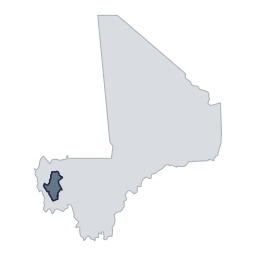 location of Bafoulabe, Kayes, Mali
{"feature_id": "8926073B35923162225659", "entity_name": "Bafoulabe", "entity_type": "district", "adm_level": 2, "iso_a3": "MLI", "parent_name": "Mali", "parent_adm1": "Kayes", "projection": "equal_earth", "projection_center": [-10.509, 13.682], "detail": "fine", "context": "in_parent", "style": "filled", "palette": "slate", "viewbox_px": 256, "rotation_deg": 0, "n_neighbors": 0, "source": "geoboundaries", "source_scale": "gbopen_adm2", "svg_char_len": 5229}
<svg xmlns="http://www.w3.org/2000/svg" viewBox="0 0 256 256"><path d="M44.5,205.8L44.6,204.6L43.9,203.8L43.9,203.4L44.3,200.1L44.2,199.2L44.5,197.5L44.1,196.7L43.9,196.2L42.7,194.0L42.4,192.2L41.8,190.9L40.4,190.6L39.8,191.6L39.5,191.8L39.0,191.0L38.8,190.4L38.8,189.8L37.0,186.9L37.1,185.3L37.8,184.5L38.1,183.2L37.4,181.6L37.5,180.2L37.4,178.1L36.3,176.3L35.6,175.5L35.0,174.2L35.5,171.3L34.5,168.9L36.5,169.8L37.4,168.9L38.3,167.7L39.1,166.0L39.5,164.0L39.6,162.2L40.4,159.4L41.4,158.1L43.3,156.2L43.9,156.4L47.1,160.5L48.9,162.5L49.6,163.6L50.2,163.6L51.1,161.6L52.1,159.9L52.5,159.5L55.7,159.2L57.4,159.6L58.9,160.1L61.1,160.2L66.7,158.9L66.8,158.1L66.7,157.2L66.9,156.4L67.4,155.7L67.8,155.6L68.0,157.9L68.4,158.3L69.8,158.4L111.4,158.4L113.0,146.4L109.9,142.0L97.8,15.4L117.4,15.4L120.8,18.2L185.1,73.4L185.4,75.2L185.4,77.7L185.9,78.4L186.8,79.2L190.5,81.6L190.8,82.1L190.9,83.1L191.4,84.3L192.2,85.0L193.1,85.5L194.2,85.9L197.4,86.2L198.1,86.8L199.6,89.0L200.4,89.5L204.8,90.6L206.3,91.2L207.8,92.2L208.7,93.2L208.8,96.6L209.5,98.9L209.5,99.4L208.8,100.4L208.6,101.0L207.9,102.8L208.1,103.5L209.6,104.9L210.4,105.3L211.3,105.3L220.5,102.9L221.5,135.5L221.2,136.0L221.1,141.8L220.5,145.2L219.4,147.7L218.7,151.5L218.3,152.2L218.0,154.4L217.3,155.6L216.1,156.1L214.0,158.6L213.9,160.5L208.8,159.4L208.5,159.4L208.3,159.7L208.2,160.7L195.2,161.3L188.9,161.8L184.9,166.2L182.3,166.6L179.1,166.3L177.4,166.2L176.8,166.5L176.7,167.3L171.5,165.0L169.5,165.8L169.2,165.5L169.0,165.0L168.0,164.8L166.6,164.9L165.5,165.2L162.3,168.7L160.5,169.6L157.3,171.7L155.0,173.5L154.2,173.8L152.9,173.9L151.8,174.3L150.9,178.3L150.3,178.7L146.4,177.1L145.6,177.3L144.9,177.8L142.7,180.1L141.7,182.0L141.1,184.5L141.2,186.2L140.8,186.7L139.8,186.8L138.0,186.3L137.4,186.5L137.2,187.7L137.3,190.5L136.9,192.3L135.8,192.9L135.0,193.6L134.3,193.8L133.8,193.6L130.6,190.9L129.5,190.4L128.3,190.7L127.2,191.9L125.2,194.8L125.4,195.8L126.0,197.0L126.4,198.5L126.4,199.8L123.5,201.7L124.2,203.0L124.2,206.8L122.8,208.5L122.4,209.6L121.1,210.8L120.0,211.5L116.4,212.5L115.0,213.7L114.4,214.6L114.2,215.7L114.4,216.9L115.1,219.4L114.9,221.6L114.3,224.2L113.8,225.4L112.1,226.8L112.4,228.5L112.5,230.9L112.3,234.1L111.8,236.3L111.4,236.1L109.9,236.2L108.1,236.8L107.5,237.4L107.4,238.1L106.0,239.8L105.0,239.7L104.1,239.3L103.6,238.8L103.6,238.5L104.1,237.1L104.2,236.7L103.6,234.2L103.7,233.6L103.5,231.8L103.3,231.7L101.4,232.5L101.4,232.8L101.7,234.0L100.8,234.2L99.9,233.8L98.8,232.7L98.6,233.1L98.5,233.9L98.4,234.9L98.7,236.8L98.4,237.5L96.8,237.3L95.4,237.6L95.1,238.2L95.0,239.0L95.3,239.8L95.3,240.1L94.7,240.6L94.4,240.6L93.7,239.7L90.7,238.8L90.5,237.6L90.1,237.6L89.2,236.1L88.8,236.1L88.4,236.3L87.3,236.3L86.3,237.6L85.5,239.2L84.7,240.0L83.5,240.3L83.7,239.3L83.3,237.9L80.7,236.1L80.3,235.3L79.7,231.3L79.7,230.1L79.9,229.0L79.8,228.2L79.5,227.6L78.7,226.9L77.9,226.7L76.9,227.5L76.4,227.6L76.0,227.6L75.7,227.3L75.8,226.9L76.9,224.7L77.4,223.8L78.5,222.7L78.8,222.2L78.8,221.8L78.7,221.5L78.0,221.1L76.8,220.0L76.2,219.9L75.7,219.5L75.2,217.9L75.0,217.6L74.4,217.4L73.9,217.0L74.0,213.2L72.9,210.3L71.9,206.7L71.4,205.8L70.5,205.1L69.4,204.6L68.4,204.5L67.3,204.8L67.4,205.2L68.0,206.4L68.1,207.0L68.0,207.6L67.8,208.1L66.3,208.5L64.3,209.8L63.7,211.3L63.3,211.5L62.5,211.3L57.3,208.7L55.1,209.9L53.7,212.1L53.4,212.9L52.7,213.5L52.3,213.6L51.9,213.1L50.4,209.7L49.8,208.8L48.9,208.8L48.2,209.4L47.5,210.5L46.6,211.6L46.0,211.9L45.5,211.8L43.4,209.4L43.3,208.9L44.2,206.2L44.5,205.8Z" fill="#d9dde1" stroke="#a8b0b8" stroke-width="1"/><path d="M58.2,172.0L57.3,171.5L56.5,171.4L55.6,171.9L55.0,171.9L53.9,171.9L52.9,171.8L52.4,171.8L51.8,171.8L51.7,171.8L51.7,171.6L51.7,172.6L51.6,173.9L51.2,174.6L50.8,175.4L50.7,175.7L50.7,176.2L51.0,177.5L50.9,178.1L50.7,178.6L50.6,178.9L50.0,179.3L49.8,179.6L49.7,180.0L49.9,181.1L49.6,182.1L49.3,183.2L48.8,183.6L48.5,183.8L48.2,184.4L48.1,184.7L47.9,184.9L47.7,184.9L47.1,185.0L46.9,185.0L46.0,184.7L44.7,183.6L44.3,184.0L44.0,184.5L43.7,186.0L44.0,186.1L44.1,186.4L44.3,187.3L44.6,188.0L45.3,188.5L45.7,189.0L46.0,189.4L46.1,189.8L46.3,190.3L46.8,191.2L47.1,191.3L47.2,191.5L47.3,191.5L47.5,191.7L47.6,191.8L47.9,191.9L48.0,191.8L48.3,191.6L48.9,191.7L49.1,191.7L49.1,191.9L49.0,193.2L49.0,193.9L49.1,194.5L49.8,195.3L50.3,196.0L50.6,196.7L51.0,197.3L51.1,197.6L51.7,198.1L51.8,198.9L51.9,199.4L52.7,200.2L53.0,200.8L53.3,200.9L53.7,200.8L54.7,200.1L55.5,200.0L55.8,199.8L56.4,199.6L57.0,199.3L57.1,199.1L57.3,199.2L57.5,199.2L57.4,198.9L57.5,198.7L57.8,198.5L57.8,197.9L57.8,197.0L57.8,196.7L57.5,196.6L57.2,196.6L56.9,196.3L56.9,196.2L57.1,196.0L57.9,196.0L58.1,195.8L58.0,195.1L57.8,194.5L57.6,194.1L57.7,193.9L58.0,193.8L58.1,192.8L58.3,192.3L58.7,192.1L59.3,191.2L59.7,190.5L59.9,190.0L60.1,190.1L60.3,190.0L60.6,189.9L61.7,189.7L61.8,189.7L61.7,189.4L61.7,189.2L61.6,188.8L61.4,188.6L61.4,188.3L60.8,187.8L60.6,187.1L60.4,186.5L60.0,185.6L59.6,185.1L59.3,184.4L58.9,183.8L58.4,181.3L58.4,180.9L58.5,180.5L59.4,180.0L60.3,179.4L60.5,179.2L60.8,178.7L61.0,178.7L61.4,178.0L61.5,177.6L61.9,177.6L62.1,177.8L62.3,177.8L62.3,177.6L62.4,177.4L62.0,176.9L61.0,176.5L60.7,176.2L59.8,175.6L59.3,175.2L59.0,174.2L58.7,172.8L58.2,172.0Z" fill="#64748b" stroke="#1e293b" stroke-width="1.5"/></svg>